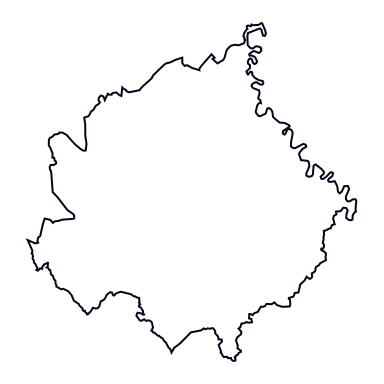 Tepalcatepec, Michoacán, Mexico (Natural Earth projection)
{"feature_id": "50627088B49343756541823", "entity_name": "Tepalcatepec", "entity_type": "district", "adm_level": 2, "iso_a3": "MEX", "parent_name": "Mexico", "parent_adm1": "Michoacán", "projection": "natural_earth1", "projection_center": [-102.812, 19.079], "detail": "fine", "context": "isolated", "style": "outline", "palette": "ink", "viewbox_px": 384, "rotation_deg": 0, "n_neighbors": 0, "source": "geoboundaries", "source_scale": "gbopen_adm2", "svg_char_len": 5890}
<svg xmlns="http://www.w3.org/2000/svg" viewBox="0 0 384 384"><path d="M49.9,137.9L48.9,139.9L48.8,145.4L50.3,147.7L52.6,153.5L52.4,157.6L54.1,157.7L54.8,160.7L56.1,161.6L56.2,163.3L55.5,164.0L53.4,165.0L50.6,165.0L49.7,167.0L50.0,169.9L50.8,170.6L51.3,173.2L52.7,192.1L57.5,197.2L67.5,210.1L73.0,213.9L74.1,215.4L74.3,218.3L73.4,218.8L61.8,219.7L59.1,220.8L54.6,221.4L53.0,222.9L50.2,219.8L44.7,218.6L42.9,224.1L40.2,236.0L38.0,237.8L37.4,241.4L38.2,242.3L37.8,243.0L35.1,243.3L27.7,240.1L32.5,251.0L31.7,253.6L32.5,254.1L33.0,256.9L32.6,257.9L32.8,259.1L33.7,260.1L34.0,262.6L35.5,264.2L37.3,268.1L36.3,269.9L38.0,270.7L40.1,268.3L42.1,268.9L42.6,266.1L43.8,265.4L44.0,264.5L47.7,262.8L48.1,262.0L47.7,266.6L46.8,267.4L47.7,267.6L49.4,270.0L50.2,270.1L51.1,274.5L52.7,275.5L54.2,279.5L55.4,280.7L55.6,283.9L56.5,285.2L56.3,286.5L61.2,289.3L63.3,288.8L68.5,291.4L71.6,295.2L73.9,300.7L78.8,304.0L79.3,305.4L82.5,308.4L82.7,310.3L83.8,311.0L84.9,310.7L85.2,312.2L86.8,313.2L87.1,314.4L88.7,313.8L89.2,312.6L90.7,311.6L92.9,307.7L94.9,308.5L97.6,308.3L99.2,306.6L100.8,301.3L103.6,300.0L105.3,298.0L106.5,295.0L110.1,292.2L112.0,292.6L113.0,295.2L113.6,295.5L114.5,295.3L115.2,294.1L117.2,292.9L120.6,291.8L122.3,292.1L130.8,294.2L134.1,296.4L135.4,296.4L136.4,297.3L139.1,298.0L139.5,301.9L138.9,302.6L140.2,304.4L138.9,305.3L139.0,306.6L140.7,307.4L143.0,311.0L143.1,313.0L144.0,314.5L143.1,314.7L141.2,313.4L137.9,312.7L137.0,313.5L136.4,315.7L139.7,320.3L141.4,320.8L144.2,319.3L146.2,320.9L147.9,320.4L150.1,320.7L151.9,322.5L153.0,327.5L151.5,330.5L152.2,330.5L152.9,332.3L154.7,332.9L157.7,335.6L158.9,335.7L160.8,337.5L162.3,338.0L164.5,341.4L165.9,342.5L168.6,347.7L170.2,348.9L171.5,352.6L174.1,347.9L180.0,343.5L191.0,332.3L201.1,330.4L203.7,328.4L205.2,329.3L207.5,328.4L210.0,328.7L212.4,328.1L213.3,328.4L215.3,331.3L215.1,333.2L218.0,336.4L218.5,339.4L221.6,339.5L222.0,341.5L218.6,345.0L220.9,350.9L220.6,352.7L221.6,353.3L222.6,355.6L223.8,357.0L227.2,356.8L228.0,358.2L230.9,358.0L231.4,359.6L233.3,361.0L235.3,360.6L235.6,360.0L234.7,357.2L235.7,356.8L236.1,355.4L237.9,354.7L238.6,353.0L241.1,351.7L241.0,350.8L237.4,348.2L237.8,345.8L236.0,340.3L237.3,337.3L241.0,334.2L241.4,331.9L238.6,328.6L240.2,327.3L241.5,323.5L244.0,323.3L246.4,322.0L248.1,322.7L252.0,322.3L251.3,318.9L249.1,318.5L249.2,314.1L250.4,314.0L252.7,315.1L254.1,313.3L257.8,311.9L260.8,306.7L263.4,306.8L265.4,305.6L266.5,303.9L271.7,304.2L274.3,302.4L277.0,305.1L282.3,306.8L289.7,306.5L290.3,304.0L289.9,299.6L288.7,298.7L288.9,297.9L293.2,296.7L294.1,295.4L294.6,293.0L298.4,292.5L300.3,284.3L304.5,280.6L306.6,276.7L309.4,278.8L310.5,278.7L312.2,276.9L311.8,273.4L314.5,271.9L315.2,270.8L315.9,267.0L318.5,265.5L320.4,263.1L326.0,260.1L325.5,257.2L326.0,253.4L323.7,251.2L321.6,250.4L321.1,249.4L321.4,248.5L323.1,248.5L324.0,246.6L324.0,244.6L322.7,242.9L323.7,239.1L323.4,236.7L324.1,235.2L323.8,230.8L325.5,230.6L329.0,228.6L330.5,228.5L332.1,225.0L334.7,224.3L333.1,218.7L333.9,215.8L336.5,214.4L335.9,211.6L340.7,211.1L343.3,207.7L346.2,208.0L347.7,210.5L346.7,213.3L346.1,217.8L348.7,219.9L350.7,220.3L352.5,219.5L352.7,215.2L354.9,212.0L356.0,211.6L355.5,208.9L356.3,201.3L355.9,199.8L355.1,199.2L352.6,199.4L350.4,201.0L348.3,201.5L347.1,200.9L345.9,199.0L345.9,196.6L349.1,189.1L348.0,186.0L344.2,186.2L341.8,191.6L339.6,193.4L338.0,191.7L337.2,186.1L334.7,181.2L331.1,181.9L329.5,181.9L328.4,181.1L328.1,180.0L329.0,178.6L332.3,176.2L333.1,173.2L332.1,172.4L330.9,172.3L329.9,172.9L326.2,176.8L323.3,178.9L321.3,178.8L320.7,176.6L323.6,173.9L324.0,171.9L321.5,169.0L315.6,164.4L313.6,165.7L312.9,174.1L312.1,175.8L309.6,176.8L307.1,176.2L306.2,175.0L306.3,173.5L309.4,166.1L308.8,162.3L307.8,160.9L301.0,160.1L299.0,154.1L299.7,152.4L302.8,148.7L306.2,146.8L306.2,145.8L305.6,144.7L303.3,143.9L295.1,148.2L293.2,148.0L291.4,146.9L290.9,145.9L291.2,141.3L292.5,134.5L292.6,132.5L291.7,130.4L290.2,129.2L287.5,129.1L285.3,133.9L284.5,134.6L282.8,133.5L283.1,131.1L289.3,126.7L289.7,126.2L289.0,125.1L284.6,123.0L279.6,122.5L275.3,119.1L273.0,116.8L272.3,111.6L270.9,109.3L268.6,108.0L267.3,108.5L265.7,113.6L260.2,116.2L258.4,115.9L255.9,112.6L255.8,111.2L257.5,104.9L259.2,103.1L260.2,102.5L260.9,102.9L260.4,100.2L258.6,99.0L258.2,98.1L259.6,93.0L259.0,90.3L253.3,88.2L251.7,86.6L251.6,85.2L252.8,83.6L256.1,82.0L259.9,84.4L262.4,84.6L263.3,83.3L263.2,81.9L262.7,81.1L258.7,80.1L254.9,77.9L252.2,74.7L252.2,72.5L251.6,71.8L250.1,71.9L248.2,74.5L247.6,74.4L246.4,71.5L249.9,68.2L250.0,65.2L248.1,63.7L247.8,62.6L248.0,61.0L249.3,58.9L250.6,58.4L251.7,59.1L253.0,62.9L254.6,64.1L256.0,63.4L257.0,61.9L256.6,60.1L254.8,56.9L251.6,55.5L249.6,55.7L249.2,54.8L249.5,53.7L253.7,50.9L259.1,53.0L261.3,50.8L260.9,48.9L261.3,48.3L259.6,46.9L256.8,46.3L255.5,46.5L253.1,48.3L251.1,48.4L249.5,47.2L247.7,45.1L247.4,35.8L248.0,33.0L259.9,28.4L261.3,29.6L263.0,35.6L265.0,35.8L265.9,33.5L265.3,30.7L262.2,23.4L261.6,23.0L258.4,24.9L253.1,25.2L251.5,24.5L250.8,26.3L248.2,25.5L246.9,26.0L246.8,27.6L247.5,28.9L246.2,30.0L244.1,33.4L243.4,36.3L244.4,37.6L244.4,39.5L245.2,40.0L243.9,43.3L238.6,45.3L235.5,44.8L231.3,45.5L228.2,48.2L226.5,50.6L224.5,57.8L223.3,59.9L217.5,63.4L212.6,59.0L214.6,57.7L211.5,54.3L200.8,66.5L199.1,69.5L199.3,70.2L192.0,67.9L187.0,65.2L184.7,65.9L182.3,63.2L182.3,57.7L175.8,59.7L170.2,62.4L166.1,63.4L164.2,64.7L153.2,75.3L151.6,78.4L141.6,87.4L139.5,90.2L128.9,92.3L126.4,91.1L125.9,89.9L123.6,88.8L122.3,87.5L121.4,96.0L119.5,95.2L116.3,92.4L112.9,93.0L111.9,93.7L111.6,94.7L108.6,94.6L107.5,93.0L107.7,94.9L106.6,96.1L104.8,100.1L103.9,97.5L102.7,96.1L100.8,95.6L98.9,97.7L98.4,100.1L99.9,102.3L98.6,104.0L95.7,105.9L93.5,109.7L91.2,111.4L88.6,116.2L84.2,117.6L85.2,124.3L85.3,135.5L86.5,144.1L85.7,150.5L83.4,150.7L80.7,149.1L74.7,144.0L66.7,135.0L62.6,132.7L59.3,132.5L58.3,133.9L54.0,134.7L52.5,136.7L49.9,137.9Z" fill="none" stroke="#020617" stroke-width="2"/></svg>